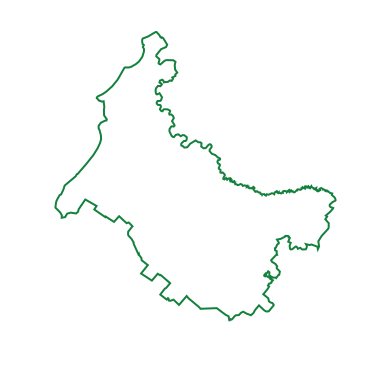 Tulangbawang, Lampung, Indonesia, rotated 219°
{"feature_id": "22746128B49188423555547", "entity_name": "Tulangbawang", "entity_type": "district", "adm_level": 2, "iso_a3": "IDN", "parent_name": "Indonesia", "parent_adm1": "Lampung", "projection": "orthographic", "projection_center": [105.482, -4.399], "detail": "fine", "context": "isolated", "style": "outline", "palette": "green", "viewbox_px": 384, "rotation_deg": 219, "n_neighbors": 0, "source": "geoboundaries", "source_scale": "gbopen_adm2", "svg_char_len": 5988}
<svg xmlns="http://www.w3.org/2000/svg" viewBox="0 0 384 384"><g transform="rotate(219 192 192)"><path d="M289.5,282.6L295.1,278.2L295.9,276.7L296.8,271.3L298.0,270.8L299.1,271.1L300.3,273.9L301.2,274.8L305.1,274.9L305.9,276.1L305.9,283.6L303.4,288.3L304.0,290.9L311.1,293.4L312.7,293.3L312.7,292.6L314.0,292.5L316.1,293.4L320.2,294.0L321.1,293.1L324.1,285.0L326.8,280.4L326.6,279.0L325.3,277.4L323.5,275.9L321.9,275.9L321.5,273.8L319.1,272.8L317.6,270.6L315.7,265.8L315.3,260.2L316.1,256.1L317.9,251.3L319.6,248.8L322.1,247.0L322.7,246.1L320.5,232.7L320.5,224.2L321.8,216.1L323.1,211.7L325.3,207.2L325.5,205.7L325.2,205.1L321.4,204.5L321.1,204.9L318.7,205.6L317.8,206.9L313.9,203.2L311.9,200.1L308.5,196.2L304.0,194.9L303.5,193.8L304.6,192.5L306.4,188.4L306.2,184.6L304.4,182.5L303.1,182.1L298.7,178.9L295.9,175.9L294.3,172.2L292.9,166.7L291.9,158.6L291.8,147.8L292.2,134.1L292.7,133.3L292.3,131.0L295.0,116.9L293.4,112.7L292.2,107.7L292.9,106.3L291.9,100.4L290.9,98.0L288.3,93.9L281.7,93.2L278.5,92.0L277.1,90.0L274.8,92.6L275.4,96.6L273.2,99.7L268.6,102.3L268.1,104.9L269.2,107.2L270.2,119.0L257.4,121.1L256.9,116.9L243.6,117.9L243.7,118.6L233.8,119.7L233.4,127.3L223.2,126.6L222.1,128.4L220.7,128.4L216.7,127.9L216.6,120.9L214.8,118.6L213.8,118.1L209.5,117.5L205.5,116.0L204.9,115.1L194.5,109.9L194.5,110.6L193.3,109.7L189.9,108.9L188.2,107.3L180.3,107.4L180.3,96.6L167.4,97.9L167.2,106.9L164.4,107.2L164.1,107.8L151.6,107.4L151.7,101.1L152.3,99.9L152.1,92.3L143.9,92.5L143.9,94.3L143.3,94.5L141.5,93.1L140.4,93.8L138.6,96.7L131.0,96.1L130.7,107.8L127.8,107.2L114.1,107.0L111.9,106.6L99.7,117.3L88.9,117.7L85.3,118.4L81.6,115.2L82.9,117.2L81.2,117.4L80.8,118.2L80.7,122.6L80.3,123.8L78.1,125.9L77.9,129.0L76.9,131.2L72.8,131.9L68.6,133.4L68.1,136.6L68.7,140.0L68.6,146.0L61.2,145.5L59.1,145.9L57.3,147.5L57.2,155.2L57.6,155.8L59.7,156.3L61.6,155.5L63.5,155.5L65.8,157.4L72.2,157.4L72.2,164.5L72.6,167.1L74.1,167.1L74.5,169.3L73.6,170.2L73.2,171.6L73.7,172.3L73.6,174.3L76.0,173.8L76.0,174.3L81.8,173.5L82.6,173.4L82.3,172.4L83.1,172.3L83.6,173.0L83.5,175.2L82.7,175.4L82.9,178.3L81.3,178.3L79.4,175.8L75.0,176.5L73.3,178.1L72.4,178.1L72.6,181.6L72.1,182.5L73.7,185.5L78.0,186.0L78.9,186.9L79.1,187.9L81.9,188.6L85.9,188.1L87.6,188.8L87.0,195.9L86.3,196.8L87.6,197.6L89.0,199.4L90.7,199.0L92.2,200.5L91.8,201.4L92.7,204.9L92.2,206.6L92.7,207.3L96.0,208.5L93.5,211.5L91.5,216.1L91.8,216.6L90.3,217.9L89.4,218.3L89.0,218.0L89.0,218.3L87.1,217.9L85.9,213.9L83.3,214.6L82.4,211.9L81.6,210.9L79.9,209.5L79.0,209.6L78.1,210.6L77.2,214.7L76.7,215.2L75.3,215.1L74.0,214.5L72.7,216.8L70.1,216.7L67.5,219.1L67.9,221.0L68.9,222.5L70.6,223.2L67.2,224.8L66.1,226.4L60.2,228.4L58.2,226.8L59.0,229.7L62.8,233.2L63.6,239.3L63.0,249.1L63.5,250.5L66.1,253.8L71.2,254.7L71.5,257.9L73.2,257.9L72.2,263.3L72.0,267.5L72.2,268.4L74.8,267.5L75.8,267.6L76.6,268.2L77.0,269.2L76.4,272.7L75.3,275.1L75.2,275.9L76.2,276.8L77.7,277.5L81.6,277.7L82.1,279.1L84.3,278.1L86.5,278.3L87.3,277.5L88.0,278.1L88.8,277.7L88.4,277.3L88.9,276.7L90.1,277.1L91.2,276.9L91.6,276.3L92.3,276.7L94.1,276.4L94.8,274.9L93.5,274.1L93.9,273.2L95.0,272.8L94.3,272.1L94.6,271.7L95.2,271.6L95.3,272.1L97.0,271.6L98.0,273.3L98.8,271.1L99.7,271.1L99.9,271.6L102.0,271.1L102.8,271.6L102.7,270.5L103.3,270.5L103.4,269.9L102.6,270.0L102.5,269.2L104.5,268.6L104.7,269.5L105.3,269.7L105.5,268.5L106.5,268.3L105.9,267.7L106.5,267.4L106.3,266.2L107.5,266.7L107.3,265.5L109.1,265.3L108.7,264.4L109.3,263.8L108.7,263.3L109.0,262.0L111.3,260.9L111.7,260.0L111.2,259.4L111.8,258.8L112.1,256.3L113.1,255.7L114.2,256.0L114.6,255.3L115.6,255.7L116.0,253.9L116.5,254.5L117.1,254.3L117.1,255.0L117.6,255.0L117.8,253.8L117.3,253.0L117.8,252.6L118.2,253.1L118.5,252.1L118.1,252.1L118.2,251.5L118.8,252.0L121.2,250.8L121.7,249.5L121.1,248.9L121.5,248.8L121.3,247.9L121.9,246.9L123.4,246.6L123.7,246.1L124.2,246.5L124.2,245.5L124.6,245.3L125.5,245.3L125.4,245.8L126.6,246.1L127.4,243.7L126.7,242.0L128.0,241.9L129.2,241.2L130.7,238.2L132.5,237.2L132.2,235.8L133.4,235.5L134.4,235.9L135.7,234.7L135.7,233.9L136.2,234.2L137.7,233.7L138.2,234.3L138.9,234.4L140.2,233.5L141.6,233.6L142.1,232.9L142.7,232.9L143.0,232.0L146.2,232.9L146.8,232.2L146.0,234.4L147.4,234.7L148.3,232.0L149.2,231.7L149.7,231.0L150.7,230.9L151.4,231.7L152.4,230.3L153.0,231.7L154.3,230.6L155.3,230.3L156.3,228.7L157.9,229.2L159.1,228.9L160.6,226.2L163.0,225.8L163.3,225.3L166.0,227.0L166.7,225.8L165.7,226.2L166.2,225.4L167.6,225.1L168.5,225.9L168.9,224.5L169.8,225.0L169.4,225.2L169.3,226.6L170.9,226.9L172.4,225.2L172.5,223.6L174.3,224.3L174.8,222.1L175.9,221.9L176.5,222.8L176.9,225.4L177.6,226.2L180.5,226.5L181.3,225.3L182.2,225.0L183.8,227.1L185.6,227.0L186.3,227.4L187.3,230.7L188.9,230.9L189.7,230.6L191.2,231.4L191.8,232.9L190.7,234.7L190.9,235.4L191.7,235.7L193.7,235.1L197.1,235.4L200.6,234.2L204.1,234.9L204.8,235.8L205.1,239.4L206.1,240.4L207.6,240.7L208.3,240.2L208.8,239.1L209.0,234.8L210.4,233.3L213.4,233.1L215.3,235.9L216.9,235.8L218.5,234.6L221.6,234.4L223.8,228.4L223.8,224.2L224.1,223.4L226.0,221.7L228.0,221.9L229.6,221.4L230.6,222.5L230.8,223.4L230.4,226.5L229.1,227.6L228.9,228.6L229.5,230.0L230.6,231.3L233.6,231.3L235.0,230.4L235.9,228.3L239.0,228.2L240.6,226.0L240.6,223.3L241.3,222.8L243.1,222.8L247.5,224.8L248.4,225.8L249.1,226.9L249.3,229.7L249.0,230.4L247.4,231.4L247.3,232.5L247.9,233.1L252.1,234.5L252.6,237.9L254.4,239.1L256.8,239.2L258.2,238.0L259.2,238.7L259.9,241.2L260.9,241.4L263.1,240.8L265.8,238.7L266.1,238.0L265.7,236.2L267.1,235.6L269.0,236.1L269.8,238.7L270.8,239.5L271.6,239.5L273.2,238.3L275.0,238.5L275.9,239.6L276.0,241.1L274.1,242.7L273.8,243.9L275.0,246.8L279.4,248.3L280.6,245.8L281.5,245.7L282.8,246.5L284.5,248.4L285.2,249.9L285.2,253.1L283.2,254.3L283.1,256.6L283.9,257.0L286.2,256.6L287.0,258.4L285.7,260.6L284.3,260.5L282.8,259.6L280.0,262.5L279.3,264.9L277.7,265.6L278.0,268.1L279.4,268.6L277.9,271.7L278.9,272.7L278.6,275.5L282.1,276.5L285.2,279.6L286.8,282.8L289.5,282.6Z" fill="none" stroke="#15803d" stroke-width="2"/></g></svg>